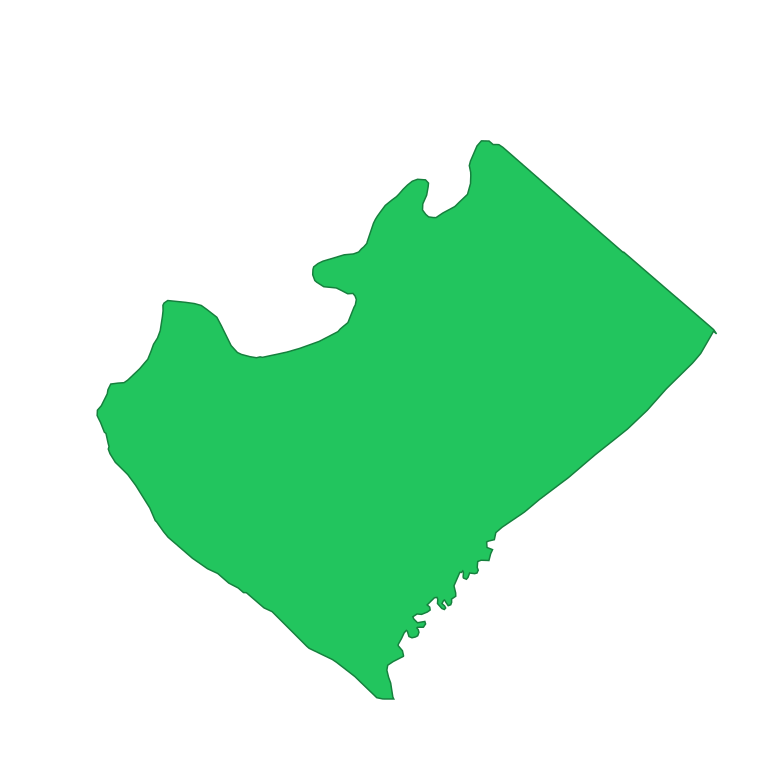 Lower Badibu, North Bank, Gambia (Robinson projection), rotated 41°
{"feature_id": "56634734B14945153011857", "entity_name": "Lower Badibu", "entity_type": "district", "adm_level": 2, "iso_a3": "GMB", "parent_name": "Gambia", "parent_adm1": "North Bank", "projection": "robinson", "projection_center": [-16.054, 13.517], "detail": "fine", "context": "isolated", "style": "filled", "palette": "green", "viewbox_px": 768, "rotation_deg": 41, "n_neighbors": 0, "source": "geoboundaries", "source_scale": "gbopen_adm2", "svg_char_len": 3434}
<svg xmlns="http://www.w3.org/2000/svg" viewBox="0 0 768 768"><g transform="rotate(41 384 384)"><path d="M602.1,128.0L597.1,126.7L563.7,126.8L536.4,127.0L478.4,127.2L478.2,127.8L452.1,127.8L448.2,127.8L356.1,127.5L318.5,127.4L313.7,128.0L312.0,129.3L309.3,131.7L303.9,131.7L298.0,136.6L298.0,143.3L303.0,159.0L305.1,163.2L310.6,167.4L311.2,168.1L312.8,169.8L316.9,174.9L317.7,175.8L322.6,186.1L321.5,197.6L321.2,201.9L321.0,203.7L316.2,216.4L314.1,224.3L311.9,226.1L308.5,228.3L308.1,228.6L304.3,228.6L298.9,227.4L295.1,222.6L292.3,213.5L288.0,206.3L285.8,203.2L281.4,202.7L278.2,205.1L275.0,207.5L272.3,212.4L271.2,218.4L270.7,224.5L270.7,231.2L270.5,234.5L269.4,239.3L267.8,248.4L268.4,256.3L268.9,261.7L269.5,265.4L270.6,269.6L278.3,288.3L278.8,288.9L278.8,291.3L278.8,293.8L278.3,296.8L278.3,301.0L275.6,305.9L269.2,312.6L257.3,331.4L255.2,336.3L254.1,341.7L255.2,344.1L258.5,348.3L263.9,351.3L266.6,351.3L274.7,350.1L285.0,342.8L289.9,341.5L297.4,339.7L301.2,336.0L304.5,336.6L307.7,338.4L310.5,343.2L311.0,345.7L316.5,361.4L315.5,367.2L314.9,371.1L314.9,374.0L314.9,374.7L307.1,394.4L301.8,403.9L296.9,412.6L289.4,424.2L288.8,424.9L284.0,431.4L280.8,435.6L274.8,443.6L272.7,444.8L270.5,447.9L269.3,448.6L264.6,451.5L263.9,451.8L261.5,453.0L257.0,455.2L252.7,456.4L243.4,455.3L226.4,448.2L223.4,446.9L214.1,443.3L201.1,444.0L194.6,444.6L188.1,447.7L180.6,452.6L166.0,462.9L164.9,467.2L165.5,469.6L169.3,473.8L172.6,478.6L180.2,490.7L182.9,497.9L184.0,505.2L184.8,507.3L186.8,512.4L189.5,520.3L189.5,525.1L189.6,533.0L188.0,549.4L186.9,553.6L182.6,557.9L177.8,563.3L179.4,569.4L181.6,573.0L184.4,583.9L184.9,585.7L184.9,591.8L188.2,596.0L190.9,597.2L195.3,599.0L204.5,603.8L206.6,603.7L214.8,609.8L217.5,611.6L218.6,614.0L223.0,616.4L232.7,619.4L236.8,619.6L250.1,620.5L263.1,623.4L288.6,631.2L301.0,637.2L302.7,637.2L314.6,640.1L321.6,641.3L353.6,641.2L372.0,639.2L382.8,636.1L397.5,636.1L407.8,633.6L414.8,633.6L417.0,631.8L440.3,631.7L448.9,629.2L477.9,631.2L497.7,632.6L500.9,632.6L505.3,631.4L514.5,628.9L524.7,626.1L525.8,625.8L530.7,625.2L554.0,623.9L562.7,624.4L584.3,625.5L589.7,622.5L598.0,615.3L596.1,614.5L590.4,609.7L585.2,605.3L580.0,602.4L573.9,598.1L571.3,593.8L573.0,587.5L577.3,576.8L577.1,576.4L576.8,576.1L572.9,573.2L566.4,572.2L565.6,571.3L564.2,564.5L562.5,558.7L562.5,555.3L563.8,555.3L568.5,558.2L571.6,557.2L573.7,554.3L574.6,551.9L573.3,548.5L571.1,547.0L568.9,546.6L568.9,545.6L573.3,541.7L572.8,537.8L570.6,536.4L565.9,542.2L560.7,541.8L558.5,540.8L559.8,535.9L563.5,533.2L566.3,527.7L567.1,524.3L564.9,522.4L562.8,522.4L561.5,522.4L562.3,512.2L564.0,510.3L565.8,511.2L568.4,514.6L574.9,515.5L577.5,514.6L577.5,512.6L575.3,511.7L571.8,511.7L571.0,508.3L571.4,507.3L574.4,508.3L577.9,509.2L579.2,506.8L578.5,505.0L578.3,504.4L576.1,502.0L577.4,497.1L575.2,494.7L569.2,490.4L564.8,476.4L566.1,475.4L566.1,473.4L567.4,473.9L570.4,477.8L571.3,478.3L574.3,477.3L574.3,474.9L572.6,470.5L576.9,467.6L578.2,465.6L577.8,464.5L577.3,462.7L574.7,461.3L571.2,456.5L572.9,453.3L577.7,449.4L579.0,448.4L575.9,442.2L574.6,437.8L569.0,439.8L565.1,435.9L565.9,434.0L569.4,429.1L565.9,422.8L567.1,414.6L571.6,397.5L572.9,392.8L574.0,388.4L575.0,382.2L577.0,369.5L583.4,339.2L583.6,338.5L584.6,333.7L589.7,299.5L590.3,296.2L594.6,273.1L597.3,258.3L599.9,231.2L600.2,203.6L600.3,201.5L603.1,165.8L603.1,161.2L603.0,153.2L598.2,128.4L598.2,128.0L602.1,128.0Z" fill="#22c55e" stroke="#15803d" stroke-width="1.5"/></g></svg>